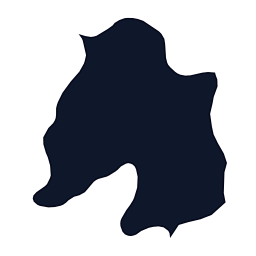 Sinphyong, Hwanghae-bukto, North Korea, rotated 268°
{"feature_id": "82179303B74961933380219", "entity_name": "Sinphyong", "entity_type": "district", "adm_level": 2, "iso_a3": "PRK", "parent_name": "North Korea", "parent_adm1": "Hwanghae-bukto", "projection": "mercator", "projection_center": [126.713, 38.983], "detail": "fine", "context": "isolated", "style": "filled", "palette": "ink", "viewbox_px": 256, "rotation_deg": 268, "n_neighbors": 0, "source": "geoboundaries", "source_scale": "gbopen_adm2", "svg_char_len": 1622}
<svg xmlns="http://www.w3.org/2000/svg" viewBox="0 0 256 256"><g transform="rotate(268 128 128)"><path d="M18.7,166.8L30.0,174.9L32.5,184.6L35.0,197.1L38.9,208.2L49.2,220.5L50.5,222.1L59.6,220.7L80.5,222.1L89.6,224.9L98.8,222.2L109.2,216.7L118.4,212.6L126.2,211.2L139.3,209.8L149.7,212.6L156.2,214.0L166.6,218.2L173.2,218.2L177.1,216.9L179.7,216.3L180.4,209.9L180.0,204.5L177.7,192.3L177.6,186.9L178.8,181.7L180.2,178.9L181.9,176.6L186.8,171.7L189.4,169.7L191.8,168.7L196.7,167.7L210.6,167.3L215.6,166.7L220.6,164.0L223.0,161.7L226.0,157.6L233.9,146.6L235.9,141.4L237.0,136.5L237.3,131.1L237.1,128.5L235.5,123.5L232.9,118.8L230.5,116.8L226.9,111.4L220.5,99.9L219.9,97.3L219.5,94.2L220.7,88.2L222.2,83.8L219.4,85.7L216.9,86.6L202.2,89.4L196.5,87.9L193.7,86.9L185.6,82.0L175.8,72.8L165.1,64.4L156.0,59.5L153.4,58.5L150.2,57.6L143.5,57.3L140.3,56.8L137.8,55.8L134.9,53.9L130.3,49.0L121.4,43.7L114.8,43.6L106.5,45.7L101.5,47.6L93.2,49.6L83.2,49.9L80.4,49.0L74.3,45.7L72.1,43.3L66.5,34.7L63.5,31.8L61.2,31.2L60.8,31.1L58.1,31.9L55.3,34.9L55.2,35.0L54.0,37.3L52.2,45.7L52.3,51.9L53.4,57.8L54.3,60.2L56.2,63.1L58.4,65.5L61.9,71.4L63.2,76.8L66.0,82.3L76.0,91.4L77.8,94.0L78.9,96.5L80.9,104.9L82.0,107.3L85.5,113.4L87.3,115.9L90.4,119.1L93.0,124.1L93.7,126.8L93.1,129.4L92.0,131.8L89.6,134.1L86.7,135.3L78.9,136.7L67.9,135.8L57.9,132.4L55.2,131.1L50.3,127.8L45.5,124.0L37.7,119.1L35.4,118.1L32.8,117.7L30.3,117.8L25.0,119.5L22.4,121.7L21.1,124.5L20.7,127.1L21.1,129.7L22.0,132.3L25.3,137.3L28.2,144.8L29.1,149.6L29.4,155.1L28.2,160.4L24.3,165.3L21.5,166.6L18.7,166.8Z" fill="#0f172a" stroke="#020617" stroke-width="1.5"/></g></svg>